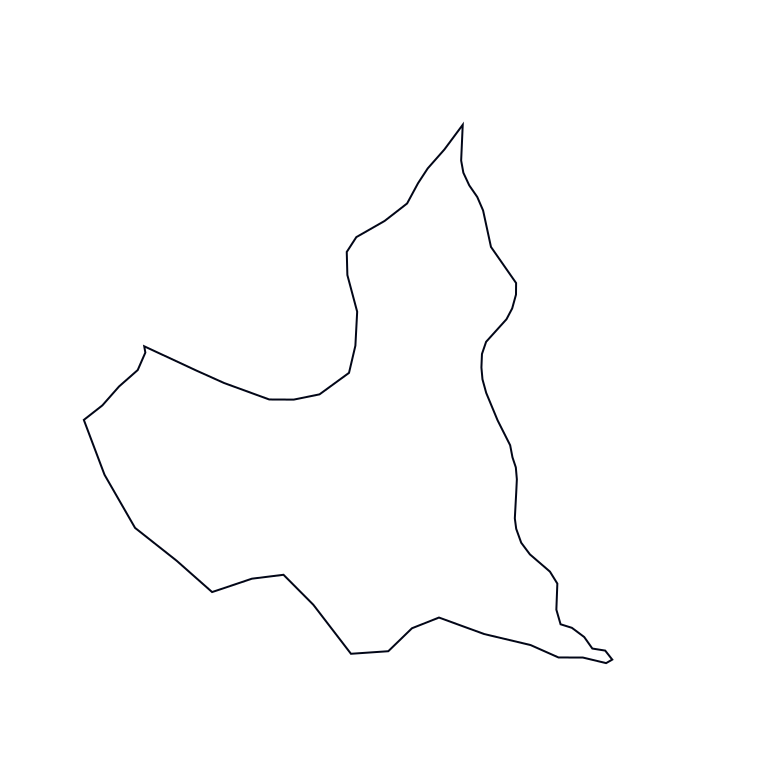 Anju City, P'yŏngan-namdo, North Korea, rotated 103°
{"feature_id": "82179303B77985943192226", "entity_name": "Anju City", "entity_type": "district", "adm_level": 2, "iso_a3": "PRK", "parent_name": "North Korea", "parent_adm1": "P'yŏngan-namdo", "projection": "albers", "projection_center": [125.736, 39.589], "detail": "fine", "context": "isolated", "style": "outline", "palette": "ink", "viewbox_px": 768, "rotation_deg": 103, "n_neighbors": 0, "source": "geoboundaries", "source_scale": "gbopen_adm2", "svg_char_len": 1064}
<svg xmlns="http://www.w3.org/2000/svg" viewBox="0 0 768 768"><g transform="rotate(103 384 384)"><path d="M601.2,99.6L594.0,108.5L594.9,121.5L585.5,132.0L579.3,146.1L578.4,157.9L565.1,165.3L539.5,170.2L529.5,180.1L517.2,203.5L507.8,214.6L495.4,222.6L485.5,226.3L460.3,230.7L447.0,233.1L435.6,236.8L426.6,242.3L415.3,247.3L393.9,265.1L369.7,282.4L357.3,289.1L346.0,292.8L332.7,295.3L319.9,294.0L293.3,279.2L281.5,276.1L267.2,275.5L255.9,278.0L226.4,310.6L192.6,326.5L180.8,335.2L171.3,345.6L160.3,354.2L148.9,359.1L113.7,365.6L141.9,377.9L164.1,389.9L180.7,396.0L202.9,402.1L225.0,420.1L247.1,444.0L263.7,450.0L286.1,444.2L319.6,426.4L353.1,420.5L381.0,420.6L408.6,444.5L419.5,468.4L424.9,492.3L419.0,540.1L413.1,569.9L401.2,626.1L407.1,623.6L425.8,627.1L446.0,641.6L468.2,653.6L486.5,668.4L535.3,635.9L580.2,594.2L602.8,546.4L625.4,504.7L620.7,497.0L603.4,468.9L592.5,439.0L615.0,403.2L654.3,355.5L643.4,319.7L615.7,301.8L599.2,277.9L605.1,230.1L605.4,182.4L611.2,152.5L605.8,128.6L606.0,104.8L601.2,99.6Z" fill="none" stroke="#020617" stroke-width="2"/></g></svg>